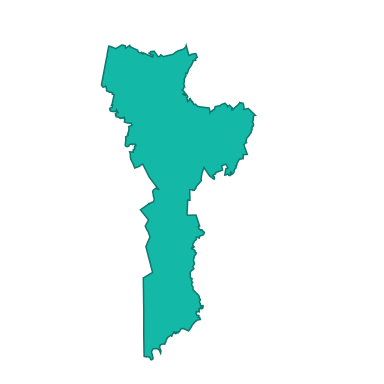 the district of Jalpa de Méndez, Tabasco, Mexico, rotated 170°
{"feature_id": "50627088B16392647790801", "entity_name": "Jalpa de Méndez", "entity_type": "district", "adm_level": 2, "iso_a3": "MEX", "parent_name": "Mexico", "parent_adm1": "Tabasco", "projection": "equal_earth", "projection_center": [-93.099, 18.238], "detail": "fine", "context": "isolated", "style": "filled", "palette": "teal", "viewbox_px": 384, "rotation_deg": 170, "n_neighbors": 0, "source": "geoboundaries", "source_scale": "gbopen_adm2", "svg_char_len": 6068}
<svg xmlns="http://www.w3.org/2000/svg" viewBox="0 0 384 384"><g transform="rotate(170 192 192)"><path d="M254.9,115.8L260.4,81.7L264.3,59.9L267.7,38.5L265.5,37.4L264.9,37.8L263.3,37.0L262.3,36.8L261.8,34.2L261.3,33.8L260.1,34.0L259.3,34.6L259.3,38.5L259.6,39.7L259.6,41.3L259.2,42.5L257.4,44.4L254.4,43.9L252.5,43.1L251.5,41.5L250.9,38.8L250.3,40.3L250.3,41.9L250.9,44.5L249.9,46.8L247.7,47.4L245.3,46.9L244.9,47.3L244.8,48.1L243.8,48.9L242.9,50.9L241.3,52.9L238.2,54.4L237.6,54.2L237.0,53.5L236.6,54.4L235.9,54.8L235.7,55.7L235.4,56.1L234.9,56.3L234.2,56.2L234.2,57.4L233.8,57.4L233.3,56.9L233.1,55.8L232.8,55.3L232.3,55.4L232.2,56.2L231.6,56.8L231.4,56.7L231.1,55.8L230.0,55.8L229.4,56.7L228.6,56.7L228.0,57.7L226.3,59.2L225.5,59.4L225.0,59.0L224.1,58.9L219.4,55.8L217.7,57.5L217.3,58.2L216.7,58.4L214.8,61.0L211.8,63.4L209.6,64.7L208.4,65.0L205.9,65.0L206.3,67.3L207.2,67.3L207.6,67.7L206.7,69.2L208.3,69.7L209.2,71.4L208.8,73.0L208.5,73.3L207.2,72.9L206.3,73.4L205.6,72.8L205.4,73.6L205.6,74.6L205.3,75.9L204.4,75.6L203.6,76.6L202.5,76.7L202.3,76.2L202.6,75.4L202.0,75.4L201.5,75.8L200.8,78.0L201.0,78.3L203.0,78.4L203.4,78.7L203.1,80.6L203.7,81.5L203.8,82.0L203.6,82.9L202.7,84.1L202.5,84.8L203.2,86.3L203.0,87.8L203.5,89.1L208.0,95.7L207.5,98.4L208.4,100.2L208.4,100.8L207.8,102.3L207.1,103.0L207.8,104.0L207.9,105.0L206.9,106.4L207.2,107.0L208.1,107.4L208.4,107.8L207.9,112.4L207.5,113.3L206.7,114.3L203.6,115.9L203.5,116.5L204.1,117.7L204.0,118.7L203.6,119.3L202.3,120.3L202.0,121.1L202.1,122.3L202.5,123.8L202.3,125.1L201.4,126.7L201.1,128.0L200.2,129.1L199.4,129.6L198.3,131.4L199.3,132.0L199.4,132.4L199.1,133.4L200.4,135.2L201.2,135.3L202.4,136.3L202.2,136.7L201.4,136.4L201.3,137.6L201.0,137.8L200.1,137.1L199.4,137.5L200.4,139.1L200.2,140.8L199.0,141.8L197.9,143.4L196.5,144.0L195.7,145.1L196.0,145.9L195.3,146.9L193.6,146.3L193.5,145.6L192.9,145.3L192.0,147.2L188.2,147.9L186.8,149.7L187.1,150.6L188.0,151.3L188.4,152.7L189.1,153.2L190.0,152.7L190.5,153.8L191.1,154.2L191.5,154.2L191.7,154.6L191.5,155.8L191.9,156.0L192.0,156.5L191.0,156.8L191.3,157.4L191.0,158.0L190.5,157.7L192.1,168.6L200.6,169.9L200.7,171.2L198.0,183.0L198.2,183.6L197.2,185.0L196.6,184.4L195.4,184.2L193.9,194.7L191.4,194.1L190.7,193.3L190.0,193.6L189.3,193.3L188.9,194.0L187.3,195.2L187.3,196.3L181.0,201.4L180.7,202.1L180.8,203.5L178.8,208.9L176.0,214.0L171.9,204.8L168.1,200.7L167.6,201.3L167.4,203.0L167.9,203.1L168.3,204.9L165.6,205.8L165.2,207.0L158.1,208.3L158.2,212.7L153.8,213.5L152.4,209.4L154.6,209.0L156.8,202.9L155.0,203.1L153.8,203.6L152.7,201.9L151.7,201.6L151.1,202.2L150.8,204.5L150.4,204.6L150.3,204.9L150.0,204.2L149.8,202.4L148.1,203.2L146.9,205.0L146.7,206.1L146.3,206.8L144.6,208.0L144.0,209.5L144.3,210.0L143.3,210.5L143.2,211.1L142.4,212.7L140.5,215.1L139.0,216.4L137.9,215.8L136.3,216.3L135.8,216.0L135.1,219.9L131.0,219.4L132.8,229.6L132.3,229.7L131.1,230.9L129.7,231.1L130.1,231.9L130.1,232.3L128.7,235.6L125.6,238.0L124.4,239.6L123.4,240.3L123.2,241.3L122.0,243.1L121.8,244.6L121.3,245.8L120.6,245.9L119.7,247.3L119.8,249.2L120.4,250.6L119.7,251.2L119.2,252.2L118.3,256.1L117.6,256.6L116.3,256.5L122.1,264.5L126.6,264.3L126.2,265.2L126.1,269.2L126.4,270.5L129.4,271.8L129.4,271.0L130.7,270.6L131.7,269.6L135.5,267.6L137.5,265.9L138.4,265.7L138.5,267.0L137.7,267.8L140.0,271.0L142.2,269.8L142.3,271.0L142.7,271.7L144.2,273.7L147.6,273.1L149.7,272.1L154.3,272.1L155.7,269.4L156.6,269.3L158.0,268.7L158.1,268.1L159.9,268.0L160.5,267.0L160.4,271.7L171.2,275.1L172.7,276.7L173.3,277.9L175.0,277.9L175.9,280.9L176.4,280.7L177.6,284.4L178.6,283.9L178.4,283.0L180.5,281.7L180.7,282.4L180.5,283.5L180.9,285.6L179.6,286.4L180.6,289.1L181.4,288.5L181.7,289.3L182.6,288.6L184.1,290.0L181.7,290.7L181.8,291.5L183.8,294.0L183.2,294.2L182.1,295.9L181.3,297.6L181.1,297.4L181.3,299.8L180.1,302.8L180.2,304.1L179.7,304.5L179.5,305.4L177.8,307.4L178.1,307.7L177.5,310.2L176.3,309.3L173.3,314.3L172.2,315.2L169.7,318.1L168.5,320.0L168.1,321.2L165.5,320.9L165.6,322.7L163.4,323.8L164.3,327.7L168.1,327.8L171.3,327.0L172.3,337.3L172.9,336.0L175.5,334.2L181.4,333.4L184.1,332.4L186.5,330.9L196.9,330.3L198.2,332.0L199.1,332.5L200.1,331.3L201.0,331.0L201.9,331.2L204.8,337.2L206.0,337.3L206.7,337.0L207.1,337.1L207.1,337.4L207.9,337.5L208.9,336.9L209.3,336.3L210.2,336.2L210.1,335.9L209.6,335.9L209.0,334.6L208.6,334.7L207.9,334.0L206.5,333.4L207.3,331.6L216.1,337.7L216.5,336.5L218.3,337.7L218.2,337.9L218.4,337.8L220.7,339.3L220.8,341.0L226.8,345.2L227.4,346.1L227.7,345.9L228.5,346.5L228.3,347.0L232.4,345.2L232.5,347.7L235.5,349.0L242.2,346.4L244.2,347.8L248.6,350.2L252.0,341.4L251.8,340.3L252.6,339.7L262.6,313.1L261.5,310.7L259.0,310.8L258.6,311.2L258.3,310.1L258.5,306.7L258.3,306.1L257.4,305.9L255.9,304.5L254.2,304.3L254.0,303.8L253.1,303.3L253.5,302.2L251.8,301.4L255.2,292.9L256.2,291.4L255.1,291.5L255.5,290.1L256.1,289.1L256.6,288.8L257.9,289.0L258.3,288.6L258.6,288.0L258.5,286.4L257.8,285.6L255.0,284.7L252.7,284.7L252.5,284.9L252.1,286.0L251.1,283.1L252.1,283.3L253.9,282.4L253.4,280.9L253.9,280.8L253.5,279.1L252.0,278.8L250.5,277.8L250.5,277.4L249.3,277.3L249.3,276.9L247.5,277.1L247.3,276.7L246.9,276.7L245.8,277.5L245.6,276.3L245.8,275.7L245.4,275.6L246.5,272.7L243.1,271.0L239.8,270.3L239.7,268.7L239.4,268.4L239.8,268.0L243.0,267.5L243.0,266.1L243.4,263.8L245.4,259.8L244.8,259.3L245.1,258.8L247.8,257.8L247.9,255.7L249.7,249.4L248.8,248.2L247.6,247.9L247.2,248.2L246.4,248.1L246.2,248.7L244.4,249.9L242.4,249.1L242.2,249.6L240.6,249.1L240.0,248.4L239.3,248.7L239.2,247.3L239.9,247.3L241.0,246.2L240.8,244.4L242.6,243.8L242.8,241.4L246.4,242.4L246.2,241.1L246.3,238.7L246.6,237.6L246.6,234.9L245.2,230.2L244.2,225.5L239.5,226.4L237.3,227.6L235.6,227.9L231.5,214.0L225.1,201.6L223.9,199.9L227.0,202.0L229.6,200.7L230.3,199.9L230.8,198.9L230.6,197.9L230.7,194.0L230.3,192.4L230.5,191.5L231.7,188.8L233.5,188.9L234.6,188.1L235.7,188.3L236.3,187.6L236.8,188.0L237.4,186.9L237.4,187.4L245.9,183.4L239.6,172.0L244.0,166.5L243.0,162.8L242.1,160.6L241.2,155.1L246.9,146.3L244.8,119.6L254.9,115.8Z" fill="#14b8a6" stroke="#0f766e" stroke-width="1.5"/></g></svg>